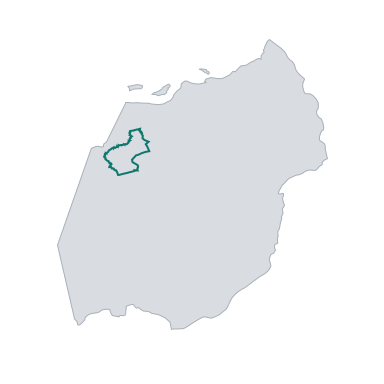 Simanjiro, Manyara, United Republic of Tanzania (highlighted), rotated 257°
{"feature_id": "72390352B2790991966076", "entity_name": "Simanjiro", "entity_type": "district", "adm_level": 2, "iso_a3": "TZA", "parent_name": "United Republic of Tanzania", "parent_adm1": "Manyara", "projection": "robinson", "projection_center": [37.302, -4.321], "detail": "fine", "context": "in_parent", "style": "outline", "palette": "teal", "viewbox_px": 384, "rotation_deg": 257, "n_neighbors": 0, "source": "geoboundaries", "source_scale": "gbopen_adm2", "svg_char_len": 8218}
<svg xmlns="http://www.w3.org/2000/svg" viewBox="0 0 384 384"><g transform="rotate(257 192 192)"><path d="M145.9,273.5L142.1,271.2L138.6,269.8L135.8,268.3L134.5,266.8L131.8,266.2L129.5,266.0L127.4,264.6L123.0,264.1L122.5,263.1L122.4,261.1L121.6,260.5L120.0,260.0L118.3,260.0L117.2,260.3L116.6,260.2L115.2,259.0L113.9,257.4L113.4,255.0L111.3,253.4L109.0,252.1L102.6,252.3L101.6,251.9L100.0,250.6L98.2,248.6L96.8,246.2L95.5,243.0L94.2,238.7L86.7,221.5L85.9,218.3L84.5,214.6L82.1,210.2L79.6,206.9L76.2,204.0L72.3,201.0L70.2,199.0L66.2,190.9L65.4,187.1L64.7,183.2L65.0,181.6L67.5,176.5L67.7,175.1L67.4,173.2L66.2,169.1L64.6,164.3L61.4,155.4L60.9,153.1L61.0,151.4L62.8,142.4L62.8,141.1L70.2,141.3L75.6,137.3L80.3,131.4L81.2,128.9L83.1,125.1L85.0,123.2L85.7,121.9L86.8,118.1L89.3,115.5L91.7,113.6L91.2,112.2L91.5,111.7L92.9,110.7L95.4,109.7L95.9,107.8L95.9,105.5L95.5,104.2L95.6,102.8L95.2,102.0L93.5,101.8L91.0,100.7L88.9,100.2L87.5,99.5L87.0,99.0L86.8,97.7L87.9,94.2L86.8,92.8L89.3,87.1L89.8,86.4L90.7,86.3L92.2,85.7L93.6,85.4L94.7,85.6L95.5,85.4L96.3,84.7L96.9,82.8L97.4,79.5L97.1,76.9L96.0,74.8L95.7,71.7L96.2,67.5L95.9,64.0L94.7,61.2L93.5,59.6L91.6,58.8L88.7,54.6L87.8,52.5L87.9,51.2L88.9,50.7L90.8,50.9L92.5,50.4L94.2,49.2L95.8,48.9L96.6,49.0L170.5,49.0L256.9,103.6L257.3,104.3L258.0,109.0L257.8,110.6L256.5,113.3L256.1,114.7L256.1,115.7L256.4,116.1L257.5,116.2L258.5,116.8L258.9,117.3L259.6,119.4L260.5,120.4L293.4,147.2L294.1,147.6L293.6,149.8L291.8,155.3L291.7,157.5L290.9,160.2L290.2,162.0L288.3,169.6L286.8,172.5L284.6,179.2L284.2,184.4L285.4,188.0L285.9,191.4L288.4,194.7L290.4,195.8L291.8,197.4L294.2,200.8L295.6,204.3L299.9,206.0L301.7,209.8L301.0,212.5L299.0,214.7L297.1,218.3L295.6,223.0L295.5,230.2L296.6,229.1L298.9,230.9L299.2,236.2L296.8,242.4L296.0,245.3L295.9,247.8L297.6,255.2L300.2,258.9L300.0,260.1L299.4,261.1L303.8,267.8L303.4,273.5L305.1,278.1L305.8,282.0L306.9,285.0L307.1,287.0L305.8,289.3L309.0,289.9L310.9,291.8L311.8,293.6L314.2,293.5L315.4,294.7L317.3,295.7L321.3,298.8L322.4,300.3L323.1,301.7L311.9,311.2L307.9,313.7L305.0,314.8L301.9,315.4L299.0,316.9L296.2,319.3L292.7,320.5L288.4,320.5L283.9,322.1L276.8,327.1L272.6,324.3L269.4,323.5L265.6,323.6L263.4,323.9L262.6,324.5L261.8,326.1L261.2,328.9L258.8,331.5L254.5,334.0L250.5,335.0L246.9,334.4L244.5,333.3L243.2,331.8L241.3,331.2L238.8,331.3L236.4,332.3L234.2,334.3L230.5,335.1L225.5,334.9L222.8,333.9L222.5,332.3L220.3,330.4L216.3,328.2L213.3,328.1L211.4,330.2L209.7,331.6L208.1,332.1L206.7,332.2L204.7,331.6L199.2,331.4L194.0,331.5L193.4,328.4L192.3,326.5L191.4,325.4L189.6,325.1L189.1,324.3L188.5,322.4L187.6,320.8L186.4,319.4L185.7,318.2L185.4,317.0L185.6,315.8L186.7,312.6L187.1,310.5L186.9,308.3L186.3,306.0L185.1,303.3L185.2,302.6L184.8,300.7L184.7,299.5L185.0,297.9L184.7,295.8L183.7,291.3L183.7,290.1L182.5,288.0L179.0,282.8L178.9,282.1L173.4,277.0L171.2,275.8L170.4,276.8L170.1,277.7L170.4,279.4L170.2,280.2L170.0,280.6L168.7,280.5L167.9,280.3L165.8,278.9L164.2,278.6L160.2,278.8L158.8,279.2L157.7,278.8L155.6,276.5L153.1,276.0L150.9,275.9L147.2,273.2L145.9,273.5ZM300.5,187.2L302.3,192.9L302.1,193.9L300.8,194.6L300.2,194.6L299.4,193.7L298.8,191.8L297.8,192.3L296.2,190.0L294.6,189.8L293.1,187.1L293.7,184.7L293.4,180.7L295.1,178.6L296.1,175.1L297.3,177.5L297.5,181.2L299.0,185.6L300.5,187.2ZM309.2,153.3L309.4,154.6L309.0,155.9L309.1,159.9L309.0,162.6L307.6,166.3L306.5,167.7L305.5,167.3L304.7,166.7L304.1,165.6L305.4,158.8L304.7,153.9L307.3,154.3L309.2,153.3ZM305.5,235.3L304.2,235.7L303.7,235.3L303.0,234.2L304.3,233.3L305.6,231.4L308.7,228.7L310.1,226.5L309.9,228.7L308.2,233.3L306.7,233.6L305.5,235.3Z" fill="#d9dde1" stroke="#a8b0b8" stroke-width="1"/><path d="M235.0,117.1L235.0,117.4L234.8,117.8L234.5,118.1L234.7,118.7L234.5,118.8L234.4,118.8L234.3,118.7L234.1,118.6L233.9,118.7L233.8,118.8L233.8,119.0L233.7,119.2L233.5,119.4L233.4,119.3L233.1,119.3L233.1,119.5L232.8,119.7L232.8,120.0L232.7,120.3L232.6,120.6L232.4,120.7L232.4,120.8L232.2,120.8L231.9,121.1L231.8,121.3L231.7,121.4L231.4,121.5L231.2,121.3L231.0,121.5L230.8,121.7L230.8,121.8L230.6,122.1L230.3,122.2L230.2,122.4L229.8,122.7L229.7,122.9L229.8,123.1L229.5,123.2L228.1,123.4L227.5,123.6L225.2,123.8L225.1,124.9L225.0,125.3L225.1,126.3L225.1,127.5L225.2,128.3L225.2,129.8L225.2,130.1L225.2,131.1L225.1,131.3L225.2,132.0L225.2,132.4L225.2,133.0L225.2,133.6L225.3,135.6L225.4,140.5L226.3,140.7L226.2,140.9L226.0,141.5L225.7,141.9L225.9,142.0L225.9,142.4L225.5,143.0L225.2,143.9L226.0,143.9L226.4,144.0L226.6,144.1L226.9,144.2L227.4,144.1L227.5,144.3L227.6,144.5L228.3,145.0L228.5,145.1L228.8,145.0L229.1,145.2L230.0,145.3L231.3,144.2L232.5,142.9L233.1,142.2L234.4,140.8L236.9,140.8L238.0,142.3L238.5,143.2L240.3,145.7L240.3,147.7L240.4,148.0L240.8,150.2L241.1,151.5L241.3,153.4L241.4,154.6L241.5,156.0L241.4,157.3L241.4,158.1L241.5,158.9L241.4,159.5L245.6,158.8L247.3,158.3L249.0,157.7L250.7,161.0L253.1,157.7L253.3,157.4L255.5,155.9L255.8,155.9L256.6,156.2L257.7,156.8L257.9,156.8L259.1,156.2L259.8,156.0L260.3,156.4L260.4,156.6L260.5,156.6L260.7,156.4L261.0,156.4L261.2,156.1L261.3,156.1L261.2,156.0L261.3,155.8L261.3,155.7L261.5,155.6L261.5,155.4L261.7,155.2L262.1,155.3L262.2,155.2L262.7,155.1L262.8,155.2L263.0,155.1L263.1,154.9L263.3,154.9L263.5,154.9L263.7,154.7L263.7,154.8L263.8,154.9L264.0,154.8L264.3,154.9L264.3,155.0L264.5,155.3L264.8,155.5L265.1,155.5L265.3,155.6L265.2,153.6L265.3,152.2L265.2,151.4L265.3,149.9L265.2,149.6L265.0,149.4L264.9,149.2L265.2,148.0L265.2,147.0L265.3,145.4L265.2,145.4L265.1,145.2L264.9,145.2L264.5,145.0L264.4,145.0L263.9,145.1L263.8,144.8L263.9,144.7L263.7,144.4L263.6,144.5L263.4,144.5L263.2,144.7L262.9,144.7L262.7,144.5L262.3,144.7L262.2,144.6L261.8,144.6L261.6,144.3L261.5,144.5L261.4,144.5L261.2,144.5L261.0,144.8L260.8,145.0L260.7,145.0L260.4,145.3L260.3,145.2L260.2,145.3L260.1,145.2L260.0,145.3L260.0,145.2L259.9,145.2L259.7,145.0L259.6,145.3L259.3,144.9L259.2,144.6L259.0,144.4L258.7,144.5L258.7,144.3L258.6,144.1L258.4,144.0L258.4,143.9L258.2,143.9L258.0,143.6L257.9,143.3L257.6,143.2L257.4,143.0L257.2,142.9L256.9,142.8L256.6,143.0L256.5,142.8L256.4,142.9L256.4,142.7L256.3,142.8L256.3,142.5L256.0,142.5L255.9,142.3L255.7,142.3L255.7,142.2L255.5,141.9L255.2,141.8L255.2,141.6L254.8,141.6L254.7,141.5L254.7,141.3L254.5,141.2L254.4,141.2L254.2,140.9L254.1,140.7L253.9,140.5L253.7,140.1L253.8,140.1L253.7,140.0L253.7,139.9L253.5,139.7L253.3,139.2L253.4,138.9L253.3,138.5L253.4,138.4L253.5,138.4L253.6,138.2L253.6,137.9L253.4,137.6L253.4,137.3L253.5,137.3L253.6,137.1L253.7,136.9L253.8,136.7L253.7,136.6L253.8,136.5L253.8,136.4L253.7,136.4L253.8,136.3L253.6,136.2L253.6,135.9L253.6,135.5L253.5,135.3L253.4,135.0L253.4,134.8L253.5,134.7L253.4,134.3L253.6,133.9L253.4,133.7L253.7,133.3L253.7,133.2L253.7,132.9L253.8,132.8L253.9,132.6L253.8,132.3L253.8,131.9L253.7,131.7L253.7,131.3L253.8,131.2L253.7,131.2L253.6,130.7L253.3,130.4L253.4,130.2L253.3,129.7L253.2,129.7L253.3,129.6L253.2,129.6L252.8,129.3L252.9,129.2L252.9,128.9L252.7,128.5L252.7,128.4L252.7,128.2L252.6,127.9L252.6,127.7L252.7,127.3L252.5,127.2L252.8,126.8L252.7,126.6L252.6,126.4L252.7,126.1L252.4,126.1L252.4,125.8L252.5,125.7L252.4,125.6L252.5,125.6L252.4,125.5L252.4,125.4L252.5,125.4L252.5,125.2L252.5,124.8L252.6,124.5L252.8,124.4L252.8,124.2L252.6,123.8L252.2,123.2L251.8,122.4L251.9,122.2L251.6,121.7L251.4,121.1L251.4,120.6L251.2,120.3L251.0,120.1L250.6,119.9L250.5,119.7L250.4,119.7L250.1,119.5L249.9,119.3L249.7,118.8L249.7,118.6L249.5,118.4L249.5,118.2L249.4,118.0L249.1,117.7L249.1,117.4L249.0,117.1L248.9,117.1L249.0,117.0L248.9,117.0L248.9,116.9L248.9,117.0L248.9,116.8L248.8,116.7L248.9,116.1L249.0,116.1L248.8,115.7L248.7,115.6L248.3,115.5L247.9,115.6L247.6,115.5L247.4,115.4L247.1,115.4L247.1,115.2L246.9,114.8L246.8,114.6L246.5,114.5L246.3,114.4L246.1,114.6L245.9,114.5L245.7,114.4L245.6,114.5L245.3,114.9L245.0,115.3L244.7,115.2L244.4,115.2L244.1,115.1L244.1,115.3L243.8,115.4L243.6,115.4L243.4,115.4L243.2,115.5L242.8,115.7L242.4,115.7L242.2,115.8L242.1,116.0L241.8,116.3L241.3,116.8L241.2,117.0L241.0,117.3L240.9,117.6L240.0,117.6L239.9,117.6L239.2,118.3L239.0,117.9L238.5,118.0L238.3,118.5L237.9,119.7L237.1,119.8L237.0,119.6L236.3,118.4L235.4,117.3L235.0,117.1Z" fill="none" stroke="#0f766e" stroke-width="2"/></g></svg>